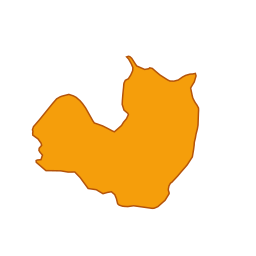 outline of Shibin al-Kum, Al Minufiyah, Egypt, rotated 219°
{"feature_id": "37247803B46387157880741", "entity_name": "Shibin al-Kum", "entity_type": "district", "adm_level": 2, "iso_a3": "EGY", "parent_name": "Egypt", "parent_adm1": "Al Minufiyah", "projection": "orthographic", "projection_center": [31.014, 30.556], "detail": "fine", "context": "isolated", "style": "filled", "palette": "amber", "viewbox_px": 256, "rotation_deg": 219, "n_neighbors": 0, "source": "geoboundaries", "source_scale": "gbopen_adm2", "svg_char_len": 1830}
<svg xmlns="http://www.w3.org/2000/svg" viewBox="0 0 256 256"><g transform="rotate(219 128 128)"><path d="M184.2,60.2L184.3,56.4L183.1,54.5L181.9,54.1L181.2,53.8L177.4,53.1L175.7,48.6L178.3,46.1L178.9,44.9L178.3,44.2L177.7,43.6L165.0,43.2L161.1,46.3L153.3,52.4L146.9,56.0L144.8,57.7L141.7,60.3L134.1,59.4L120.9,55.9L113.8,60.1L106.1,61.2L103.5,64.9L100.8,68.0L96.4,67.9L92.7,65.9L89.0,63.1L88.3,62.6L86.4,62.5L83.2,63.7L81.3,64.9L78.7,66.8L74.7,71.1L58.6,80.8L57.3,82.0L56.6,83.2L55.3,85.7L53.7,95.2L54.2,99.0L54.7,102.8L55.5,103.7L57.6,105.1L57.9,105.5L58.0,105.7L58.2,105.9L59.7,108.7L60.3,111.8L59.8,113.4L59.2,121.9L59.1,127.6L58.9,132.7L58.8,136.5L59.8,146.0L63.4,152.4L65.8,156.3L67.1,158.1L67.6,158.9L69.4,162.7L71.2,165.9L73.6,171.1L75.4,174.3L82.7,184.0L84.3,186.2L85.8,187.9L88.9,189.2L91.4,189.9L93.3,190.6L96.4,192.0L98.9,193.9L104.5,198.5L105.0,201.7L105.5,205.5L107.9,211.3L110.0,212.8L111.7,210.7L113.7,208.9L116.3,205.2L117.7,202.0L119.1,197.0L121.8,193.3L125.0,190.9L126.6,190.5L127.6,190.3L136.5,189.3L141.5,189.4L146.6,189.6L149.0,188.4L149.2,187.1L151.9,184.0L160.2,181.7L162.7,182.4L169.0,184.5L171.5,184.6L172.8,184.0L173.8,182.4L170.9,182.0L165.9,180.0L162.2,178.0L160.4,175.4L159.2,170.9L158.7,166.5L160.1,163.4L159.5,160.8L158.9,159.5L157.1,156.9L152.9,150.5L149.8,146.0L147.4,142.7L142.4,139.4L138.6,139.3L137.4,139.3L136.1,138.6L135.8,137.4L135.0,134.2L135.1,129.7L134.6,125.9L135.4,120.9L136.2,116.5L138.1,115.9L143.8,114.8L148.4,113.8L148.7,113.7L148.9,113.7L154.1,111.9L157.3,110.7L159.8,111.4L173.6,116.9L178.6,118.3L182.4,119.0L187.5,119.2L190.6,118.6L195.1,116.9L198.4,112.5L199.4,111.1L200.4,109.4L201.8,105.7L202.0,100.0L202.0,78.4L202.2,72.1L202.3,69.6L201.1,66.4L199.9,65.7L198.7,63.8L197.4,62.5L191.1,62.9L186.0,61.5L184.2,60.2Z" fill="#f59e0b" stroke="#b45309" stroke-width="1.5"/></g></svg>